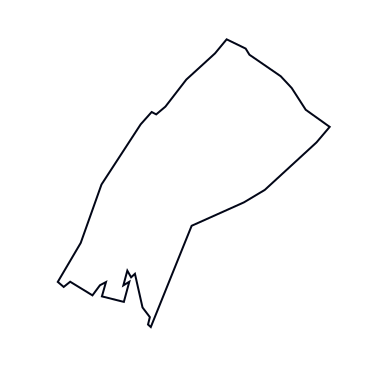 the district of South West Inner City Lea-5, Dublin, Ireland, rotated 303°
{"feature_id": "5873133B41660382449043", "entity_name": "South West Inner City Lea-5", "entity_type": "district", "adm_level": 2, "iso_a3": "IRL", "parent_name": "Ireland", "parent_adm1": "Dublin", "projection": "albers", "projection_center": [-6.305, 53.339], "detail": "fine", "context": "isolated", "style": "outline", "palette": "ink", "viewbox_px": 384, "rotation_deg": 303, "n_neighbors": 0, "source": "geoboundaries", "source_scale": "gbopen_adm2", "svg_char_len": 604}
<svg xmlns="http://www.w3.org/2000/svg" viewBox="0 0 384 384"><g transform="rotate(303 192 192)"><path d="M131.6,216.3L163.5,210.1L211.6,241.2L233.4,251.9L301.4,269.4L321.6,272.0L322.9,242.6L333.5,219.0L337.4,203.4L338.4,165.4L341.5,158.9L338.9,137.9L320.8,135.8L283.2,126.0L249.1,123.2L237.6,119.7L237.1,114.6L220.8,112.1L149.0,112.0L88.7,126.4L43.5,128.4L42.5,136.1L50.4,138.7L51.1,164.8L63.7,165.6L69.6,168.9L55.4,173.3L62.7,194.7L82.6,188.3L76.3,185.3L90.8,180.6L87.3,187.4L92.3,188.7L68.2,213.4L64.1,224.8L56.9,227.3L56.3,231.0L131.6,216.3Z" fill="none" stroke="#020617" stroke-width="2"/></g></svg>